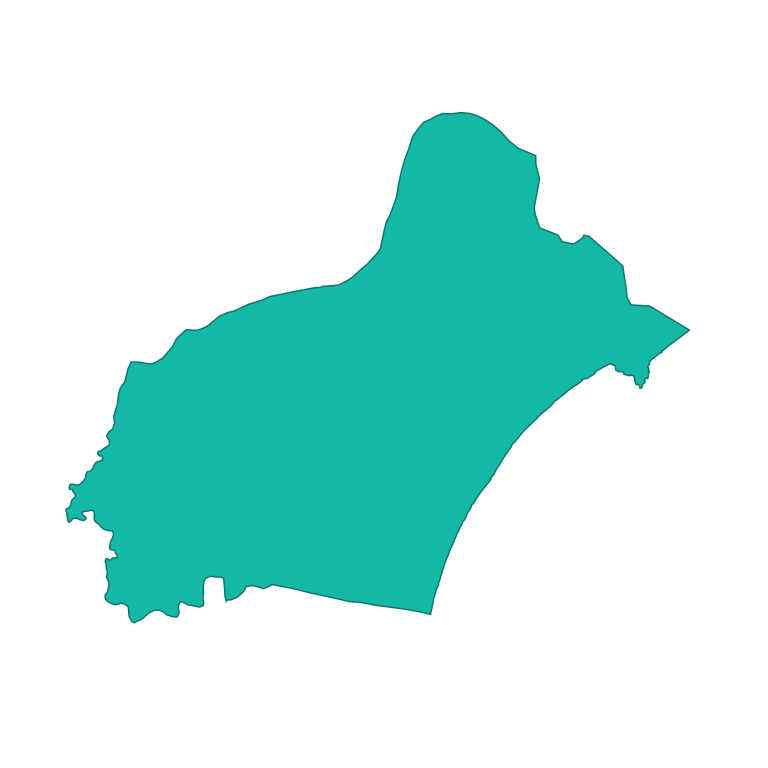 outline of Kota Singkawang, Kalimantan Barat, Indonesia, rotated 191°
{"feature_id": "22746128B18670307275317", "entity_name": "Kota Singkawang", "entity_type": "district", "adm_level": 2, "iso_a3": "IDN", "parent_name": "Indonesia", "parent_adm1": "Kalimantan Barat", "projection": "natural_earth1", "projection_center": [108.996, 0.891], "detail": "fine", "context": "isolated", "style": "filled", "palette": "teal", "viewbox_px": 768, "rotation_deg": 191, "n_neighbors": 0, "source": "geoboundaries", "source_scale": "gbopen_adm2", "svg_char_len": 6168}
<svg xmlns="http://www.w3.org/2000/svg" viewBox="0 0 768 768"><g transform="rotate(191 384 384)"><path d="M672.3,220.6L670.7,221.0L669.7,220.7L668.0,218.2L665.9,216.9L665.5,215.5L665.6,214.3L668.2,210.6L668.6,208.0L668.6,204.8L669.5,202.4L671.7,201.0L672.1,199.0L670.9,197.1L670.5,195.2L669.4,193.2L668.3,189.6L667.5,188.3L666.6,188.3L664.8,190.3L664.2,191.8L663.1,192.9L659.3,193.5L657.8,193.2L656.6,192.7L653.2,192.7L652.4,193.0L650.8,194.6L650.8,195.6L651.7,196.5L655.5,198.4L655.6,199.8L655.1,201.0L653.5,202.0L650.5,202.8L647.7,204.0L646.4,204.3L645.0,203.8L644.2,203.2L643.3,200.7L642.7,196.1L642.0,194.8L640.9,193.7L637.0,191.8L634.0,189.4L631.5,188.0L626.8,187.5L624.1,187.9L623.2,187.9L622.5,187.7L621.7,186.9L620.8,184.2L621.2,180.7L622.0,178.5L622.3,175.2L622.4,172.3L622.3,171.1L621.3,169.4L619.9,169.2L618.1,169.6L616.1,169.2L615.8,167.7L615.2,166.5L613.3,164.9L612.8,163.8L613.0,162.7L613.7,162.3L616.8,161.6L618.0,160.4L619.0,158.9L620.6,158.8L621.7,159.8L623.3,159.4L623.8,157.9L623.5,155.8L622.7,155.0L621.9,152.4L621.8,151.4L620.8,148.8L619.8,147.0L619.5,145.3L619.6,142.2L619.2,141.0L616.4,137.4L615.9,135.7L615.6,133.3L615.7,127.6L616.3,125.8L617.2,124.5L617.4,122.4L616.3,119.8L613.3,117.4L610.8,117.1L608.6,116.2L605.1,116.2L601.8,117.9L599.7,118.6L597.6,118.7L593.7,117.3L592.4,116.0L591.3,112.7L590.5,109.1L589.6,106.8L586.7,103.2L584.3,102.0L582.8,102.3L581.8,103.7L577.1,106.8L575.3,108.9L571.6,113.9L566.4,118.0L563.3,118.9L560.3,118.9L557.6,118.3L555.6,117.5L553.4,115.9L550.9,115.8L548.1,115.3L546.4,115.3L543.8,115.6L542.3,116.2L541.7,118.9L541.6,120.2L542.0,121.8L542.6,123.0L543.4,126.3L543.3,128.6L542.7,130.7L541.7,131.6L540.2,131.6L539.1,131.1L537.2,130.8L535.7,130.1L534.3,129.9L522.4,129.9L519.4,131.8L519.0,133.6L519.4,135.2L520.5,137.7L520.9,139.4L521.0,142.0L521.5,145.0L522.4,148.7L523.1,155.1L522.7,157.5L521.8,159.4L520.1,160.7L517.9,162.1L511.2,162.5L509.6,163.0L508.3,163.2L504.6,162.8L503.7,161.1L503.5,159.6L501.1,151.6L499.6,145.3L497.4,140.7L497.1,141.8L495.5,142.4L493.8,142.7L490.4,144.6L487.4,146.8L482.7,152.9L481.4,155.6L481.1,158.2L480.1,159.0L476.3,160.6L473.3,161.0L469.7,160.9L463.1,160.1L455.1,165.8L432.8,165.8L417.1,164.9L390.7,164.4L377.4,163.8L363.5,165.2L349.5,165.2L322.1,166.9L305.5,167.2L294.2,166.7L294.3,167.3L294.6,167.8L294.4,168.7L294.1,178.6L294.5,183.0L293.9,184.9L293.3,193.5L292.2,196.5L292.4,199.6L291.8,202.6L291.7,205.2L291.1,211.4L290.5,214.7L290.5,215.6L290.1,219.2L290.2,220.6L289.5,221.7L289.3,223.8L288.4,228.3L288.0,231.0L286.9,236.6L286.4,237.2L286.5,237.7L286.8,238.3L286.8,238.6L285.9,239.8L285.9,241.1L285.4,242.4L285.1,244.9L284.2,248.2L284.0,250.3L283.2,252.3L281.7,258.9L281.3,259.5L280.5,262.7L280.4,264.5L279.3,265.5L278.0,269.8L277.8,272.1L277.2,274.2L276.7,274.6L275.1,279.1L275.0,280.8L274.6,282.8L273.7,283.2L271.3,289.6L268.4,296.2L264.2,304.5L263.0,306.5L262.4,308.1L261.6,308.6L261.8,309.6L261.0,310.6L261.6,311.5L261.1,311.8L260.2,313.6L260.1,315.2L259.8,315.4L259.4,315.4L258.8,316.8L258.3,318.4L258.1,319.5L257.5,320.8L257.4,322.4L256.5,323.6L255.9,325.1L254.0,330.1L253.7,331.4L251.6,336.5L251.5,337.4L250.9,338.2L249.5,341.7L247.1,346.6L247.0,347.8L246.6,348.6L246.3,349.9L245.7,350.5L245.6,351.1L245.0,351.3L244.9,352.0L244.1,352.8L243.7,354.1L243.1,354.8L240.5,359.8L237.2,365.6L229.8,376.1L227.7,378.8L226.9,380.1L226.0,382.2L225.8,382.4L225.4,382.4L224.8,383.1L224.2,384.9L223.5,385.5L223.0,385.5L222.6,386.0L222.5,387.1L221.9,388.1L221.7,388.2L221.3,387.8L216.1,394.5L215.0,396.2L214.6,397.3L213.7,398.4L213.1,400.4L212.3,401.0L211.4,401.0L210.9,402.2L204.8,409.1L202.5,412.1L199.3,415.7L193.8,421.0L192.9,422.1L191.8,422.9L191.5,423.6L190.8,424.4L189.7,426.4L188.2,427.6L186.2,427.9L184.9,428.8L183.8,430.1L179.8,433.6L179.1,434.5L178.6,436.4L177.2,438.2L175.6,439.0L173.9,440.8L171.2,443.1L167.0,446.2L164.7,447.3L164.2,447.1L163.7,446.5L162.1,446.4L160.7,445.8L159.8,444.6L159.5,443.7L159.6,442.7L159.4,442.4L158.8,441.7L157.3,441.4L156.4,440.8L155.5,441.1L151.7,441.5L151.0,441.2L150.7,440.7L150.6,439.5L149.8,439.2L146.7,439.2L145.0,438.9L144.6,439.4L143.1,439.6L142.8,440.0L141.5,439.8L140.4,439.4L139.3,438.5L139.3,437.5L138.7,436.5L138.6,435.2L138.2,434.9L137.2,432.3L135.7,431.5L135.1,432.2L134.0,432.1L132.8,431.0L132.1,428.9L131.6,428.7L130.9,429.0L130.1,429.9L130.3,431.4L129.9,432.3L129.9,433.2L128.1,435.6L128.3,436.7L129.0,437.7L129.0,438.6L128.2,439.5L126.6,439.6L126.1,440.1L126.0,440.5L126.1,443.0L126.3,444.1L126.2,445.3L125.8,446.0L125.8,446.6L126.8,446.9L126.7,448.5L127.1,449.8L128.4,451.0L128.3,451.7L127.7,453.2L127.0,454.0L127.0,454.3L127.6,454.8L127.2,457.1L125.5,459.5L119.8,466.2L118.2,467.7L117.4,467.7L117.3,468.4L117.5,469.1L116.5,470.0L115.6,471.3L111.0,476.9L106.1,482.1L103.9,484.8L102.3,486.3L98.3,490.9L96.4,492.8L94.6,495.2L138.1,511.2L156.4,508.8L161.7,514.7L165.3,526.1L172.2,545.5L210.7,568.0L216.1,568.2L217.2,564.9L224.4,557.6L236.1,557.6L241.5,563.3L249.0,564.8L261.0,566.9L267.6,578.7L270.2,585.5L270.5,615.2L276.9,628.7L278.6,637.0L297.2,641.0L307.5,646.3L317.1,653.7L326.1,658.9L335.7,662.9L342.1,664.8L350.9,666.0L360.2,665.1L369.5,662.0L377.7,660.8L383.3,657.4L389.7,652.1L395.0,648.4L398.5,642.3L403.0,632.8L404.9,617.1L406.5,608.1L407.5,594.9L407.8,582.0L407.5,576.4L407.5,570.0L408.1,564.1L410.2,552.1L412.6,543.5L413.1,534.3L413.4,515.8L415.5,511.2L423.2,498.6L428.3,492.4L434.9,483.5L438.9,479.2L447.0,472.8L452.7,470.8L462.8,468.2L464.8,466.7L470.7,465.2L490.3,457.4L512.4,448.2L520.2,442.8L531.8,436.6L545.2,427.0L551.6,424.0L558.3,419.3L568.6,407.0L573.3,403.5L578.2,400.8L588.5,399.6L594.1,392.1L596.7,387.7L598.8,380.2L606.2,367.1L611.1,362.6L616.5,359.0L628.9,358.7L636.4,357.3L638.2,350.1L638.5,342.9L639.0,336.4L642.1,329.5L642.6,323.6L641.8,313.1L643.1,300.9L641.0,294.1L641.8,288.1L644.9,284.5L646.4,280.0L643.1,276.2L641.8,273.5L642.4,271.2L646.9,267.0L649.0,264.3L651.8,263.1L651.6,260.4L649.2,259.0L647.9,259.7L645.9,258.1L646.3,255.4L649.2,253.6L651.6,252.4L652.8,249.9L654.2,244.5L655.9,242.2L658.5,241.3L659.3,239.0L659.1,235.1L660.5,231.3L663.4,227.6L665.2,226.3L669.5,226.3L672.6,225.8L673.4,224.0L673.0,221.3L672.3,220.6Z" fill="#14b8a6" stroke="#0f766e" stroke-width="1.5"/></g></svg>